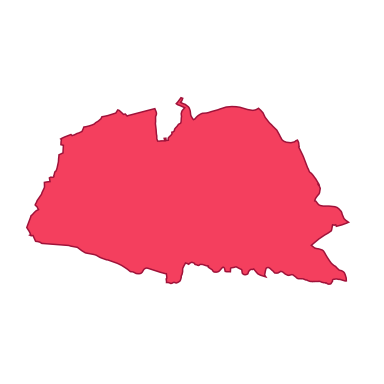 the district of Mihesu De Campie, Mures, Romania, rotated 5°
{"feature_id": "2599482B65808745586436", "entity_name": "Mihesu De Campie", "entity_type": "district", "adm_level": 2, "iso_a3": "ROU", "parent_name": "Romania", "parent_adm1": "Mures", "projection": "robinson", "projection_center": [24.178, 46.679], "detail": "fine", "context": "isolated", "style": "filled", "palette": "rose", "viewbox_px": 384, "rotation_deg": 5, "n_neighbors": 0, "source": "geoboundaries", "source_scale": "gbopen_adm2", "svg_char_len": 6052}
<svg xmlns="http://www.w3.org/2000/svg" viewBox="0 0 384 384"><g transform="rotate(5 192 192)"><path d="M353.5,267.1L353.1,264.2L351.9,261.2L351.0,259.5L350.4,258.8L349.6,258.2L348.4,257.6L347.5,257.3L345.9,257.1L345.2,256.8L342.6,254.7L341.6,253.7L339.7,252.8L337.6,251.3L336.8,250.6L335.3,248.9L332.5,245.4L330.9,243.2L329.3,240.8L328.0,239.2L326.7,238.4L323.2,237.6L321.0,237.5L320.0,237.2L319.6,237.4L318.3,236.6L315.5,234.7L322.5,227.7L327.9,223.3L331.1,221.1L334.1,218.6L334.4,217.6L334.9,212.4L336.4,212.5L336.5,212.7L338.0,212.1L338.8,213.6L344.1,211.7L348.4,209.7L350.6,208.5L347.5,206.7L345.7,205.2L343.6,201.2L342.9,199.3L342.3,198.3L339.7,195.9L337.9,194.8L336.9,194.5L335.6,194.2L331.1,194.1L329.2,194.1L324.2,194.6L323.0,194.5L321.2,194.3L320.1,194.0L319.3,193.6L318.4,192.8L316.1,190.3L315.0,190.1L315.4,188.3L315.8,187.3L316.9,185.4L318.7,182.8L319.1,181.6L319.4,177.8L319.4,177.0L318.8,176.1L318.1,174.1L317.6,174.3L316.8,173.2L317.5,172.9L313.9,167.9L312.9,166.9L311.3,165.0L310.1,163.8L309.1,162.9L307.9,162.2L307.3,161.7L306.9,161.1L305.9,159.1L305.0,157.7L299.9,147.2L298.9,145.4L294.4,137.9L294.8,137.4L294.4,136.0L294.0,133.7L293.3,132.3L292.5,131.1L291.0,131.9L290.2,132.7L289.5,133.2L286.2,134.3L281.6,134.2L279.0,133.4L277.6,132.5L277.1,132.1L276.7,131.6L276.4,131.0L274.8,128.7L274.4,127.9L271.1,123.0L266.6,119.3L265.2,118.0L263.7,116.9L262.7,116.0L258.3,111.2L255.8,106.9L253.1,104.4L252.2,103.8L251.0,102.8L249.1,104.1L248.0,104.7L246.3,105.2L245.1,105.4L240.2,105.0L232.3,103.4L228.4,103.2L224.2,103.4L218.6,104.4L212.6,106.9L210.8,107.8L204.3,110.2L201.3,111.5L199.3,112.1L195.5,112.7L194.1,113.4L192.4,114.6L191.3,115.5L190.0,116.9L188.3,119.2L187.1,119.8L185.4,117.8L184.3,116.1L184.0,115.4L183.2,111.6L182.7,110.3L181.9,108.6L181.1,107.6L177.6,105.3L175.3,104.7L172.8,103.7L174.0,101.8L174.6,99.5L172.8,99.0L170.1,103.4L168.6,105.4L170.1,106.3L172.7,107.0L177.4,108.7L175.7,111.0L175.0,112.1L174.7,113.3L174.4,115.0L175.0,117.7L174.9,119.1L175.0,122.8L174.8,124.0L174.5,124.6L172.7,125.7L172.0,126.8L171.4,127.9L170.0,129.6L169.2,130.9L169.1,132.5L168.7,133.1L168.3,133.3L168.0,133.8L166.7,134.2L167.0,135.7L166.3,137.0L164.4,139.2L163.6,140.4L163.9,142.5L161.6,143.0L161.3,140.7L159.6,141.0L160.5,143.4L156.6,143.8L155.1,144.2L153.4,144.3L152.3,142.2L152.0,139.1L151.5,137.4L150.8,133.0L149.6,127.1L149.6,124.8L149.2,120.9L149.2,119.8L149.7,118.3L149.8,117.3L149.7,116.4L149.3,115.3L147.7,112.2L141.4,114.4L121.8,121.4L120.8,122.0L118.7,120.1L117.1,120.7L112.4,117.1L110.9,116.7L109.2,120.0L101.5,123.2L98.3,124.2L95.7,124.9L94.9,127.0L92.5,129.5L89.9,131.4L88.8,132.7L86.9,133.8L83.9,135.1L80.7,136.2L78.6,136.7L78.0,138.8L77.1,141.3L74.2,143.0L72.2,143.8L69.9,145.3L67.6,146.3L66.4,145.3L60.3,148.3L57.7,149.8L56.6,150.6L57.3,151.1L57.2,153.5L57.3,156.3L59.8,156.7L60.0,162.5L60.1,164.2L60.1,164.3L58.9,165.0L56.2,166.6L56.3,167.6L56.2,170.0L56.3,173.7L55.5,179.9L55.1,181.7L54.5,183.2L53.9,183.5L53.6,184.2L53.4,185.1L53.2,186.8L53.0,187.3L52.9,187.5L53.1,188.8L52.3,189.4L51.3,189.6L50.3,189.5L49.8,189.6L48.7,190.4L49.7,194.0L46.6,194.6L44.1,195.3L44.6,199.6L44.5,200.7L42.6,205.8L42.4,206.9L42.2,207.5L38.5,214.0L37.8,216.3L37.1,217.7L36.9,218.5L37.0,218.8L37.5,219.2L38.9,220.2L39.6,221.4L40.6,222.9L38.5,224.2L37.8,224.9L36.5,226.4L35.0,228.4L33.7,229.7L33.4,231.3L31.5,238.1L30.5,241.8L30.8,242.2L33.4,245.6L34.5,247.5L35.0,248.6L34.2,249.1L35.6,249.6L37.4,249.2L40.4,254.6L40.8,254.8L42.3,254.8L44.8,255.2L46.9,256.3L73.9,256.0L76.1,256.5L82.6,257.1L87.2,260.0L90.6,261.7L91.5,262.0L98.9,262.7L100.9,263.0L102.3,263.4L105.9,265.1L107.4,265.6L112.8,267.0L114.1,267.0L124.0,269.6L128.2,271.2L132.0,273.2L134.5,274.6L137.6,276.7L139.9,276.7L140.7,276.9L143.3,278.0L143.9,278.1L145.7,278.1L147.1,277.9L148.1,277.5L148.5,277.2L149.4,276.2L150.7,273.5L151.2,272.9L152.1,272.2L152.8,271.9L153.4,271.7L154.7,271.8L167.3,274.7L173.3,275.8L173.6,275.7L174.3,278.9L174.4,280.0L174.1,280.6L174.1,281.1L173.9,281.1L174.5,283.8L174.5,284.4L176.1,284.3L177.2,284.4L178.9,285.0L180.1,284.6L180.9,284.0L181.8,283.6L182.4,283.6L183.8,284.0L184.3,284.0L185.8,283.3L187.5,282.0L187.8,281.6L188.2,280.6L188.7,278.3L188.6,276.7L189.3,274.7L189.4,273.7L189.6,272.4L189.4,269.5L189.4,269.0L190.6,265.7L191.0,265.0L191.7,263.3L194.3,263.8L194.2,264.0L195.0,264.3L195.9,263.2L197.1,262.4L197.7,262.1L198.9,262.2L200.1,262.6L200.8,263.0L201.0,263.5L201.2,263.8L201.7,264.0L202.7,264.0L203.9,264.5L204.9,264.6L205.4,264.4L205.8,263.9L206.6,263.4L207.8,263.3L209.0,263.3L212.2,264.1L213.9,264.4L214.1,264.1L214.8,264.3L214.9,264.5L214.7,265.3L214.8,265.5L219.1,267.9L219.8,269.0L220.8,269.7L221.5,269.8L223.4,269.7L224.9,269.2L226.0,268.4L226.5,267.8L228.3,265.3L229.0,264.5L229.3,264.3L229.8,264.2L230.2,264.3L230.5,264.6L231.0,265.1L232.0,268.2L233.6,268.4L237.2,268.1L237.1,264.7L237.3,264.4L237.6,264.2L237.9,264.1L240.3,263.5L242.2,262.7L242.6,262.7L246.1,264.2L248.1,264.9L248.4,265.3L249.1,268.3L249.4,268.8L250.6,269.6L251.6,269.8L252.7,269.7L253.7,269.3L254.6,268.8L255.0,267.8L255.2,266.6L256.2,265.0L257.5,263.9L259.2,263.9L259.7,263.4L260.2,263.3L263.0,266.2L264.6,267.7L265.2,268.0L267.4,268.9L272.9,270.1L271.6,268.4L272.0,264.2L272.3,262.3L272.5,261.6L272.9,261.1L273.8,260.7L275.0,260.6L275.9,261.0L276.8,261.6L278.4,262.9L279.4,263.5L280.5,264.6L281.6,265.5L283.8,265.4L285.1,265.0L285.9,264.2L286.3,264.2L286.5,263.9L287.3,263.3L288.1,263.5L288.5,263.4L289.4,263.8L292.0,265.6L294.7,266.6L295.8,266.6L298.5,265.6L299.7,265.7L302.9,267.7L303.8,268.5L304.7,268.9L305.3,269.1L310.3,268.8L311.0,269.1L311.9,269.3L312.4,269.6L313.0,269.7L314.0,269.7L315.5,270.3L317.6,270.8L319.6,270.7L320.0,270.8L320.4,270.6L325.8,270.1L326.2,269.9L327.6,270.0L329.6,270.7L330.6,270.7L331.0,270.9L332.5,270.8L333.0,271.1L333.3,270.9L333.8,270.9L334.8,271.6L335.5,271.8L336.3,271.9L337.8,271.6L338.4,271.2L338.6,270.9L338.9,270.2L339.0,270.0L339.1,269.7L339.7,269.0L339.7,267.3L340.1,266.9L340.7,266.6L341.4,266.5L343.2,266.0L346.2,266.3L346.7,266.1L352.4,267.3L353.5,267.1Z" fill="#f43f5e" stroke="#9f1239" stroke-width="1.5"/></g></svg>